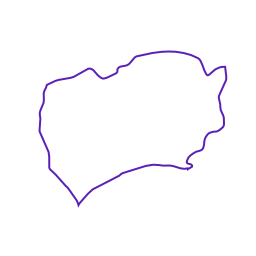 an SVG outline of Gabès, rotated 107°
{"feature_id": "TUN-111", "entity_name": "Gabès", "entity_type": "Governorate", "adm_level": 1, "iso_a3": "TUN", "parent_name": "Tunisia", "parent_adm1": "", "projection": "natural_earth1", "projection_center": [9.729, 33.79], "detail": "fine", "context": "isolated", "style": "outline", "palette": "violet", "viewbox_px": 256, "rotation_deg": 107, "n_neighbors": 0, "source": "natural_earth", "source_scale": "10m", "svg_char_len": 1850}
<svg xmlns="http://www.w3.org/2000/svg" viewBox="0 0 256 256"><g transform="rotate(107 128 128)"><path d="M150.0,58.8L149.2,59.2L150.6,62.3L151.2,65.9L151.2,73.5L151.6,76.8L153.8,83.8L154.3,87.1L155.7,93.0L159.0,99.8L172.5,119.6L173.9,121.1L176.0,122.3L197.0,143.8L202.6,147.1L214.1,152.3L216.2,152.8L215.7,153.1L212.6,155.5L203.5,167.1L202.4,168.8L201.8,170.3L193.7,183.6L190.5,190.1L189.6,191.2L188.7,191.8L178.9,194.8L174.2,196.9L157.3,211.4L155.7,212.0L144.8,214.5L140.4,216.5L139.2,216.8L136.7,216.9L128.6,216.1L125.9,216.6L119.7,218.7L118.3,218.8L117.0,218.8L113.1,218.2L110.5,218.2L104.5,211.6L102.5,208.8L96.7,197.4L94.7,194.6L83.1,183.5L82.6,182.6L82.3,181.5L82.3,179.9L82.6,178.8L82.9,177.9L86.4,172.3L86.7,171.6L87.7,169.0L88.0,167.6L88.1,166.9L87.9,165.9L87.3,164.8L86.1,162.9L79.1,155.3L78.3,154.9L77.7,154.7L77.1,154.7L75.1,155.2L74.4,155.1L73.7,154.9L73.0,154.6L72.4,154.1L71.8,153.5L71.3,152.8L69.3,148.9L68.4,147.5L67.9,146.9L66.6,145.8L65.1,145.0L58.6,142.2L58.0,141.7L57.4,141.2L56.9,140.6L49.2,126.7L45.3,118.1L43.0,111.6L41.2,104.9L40.0,96.8L39.8,89.1L40.7,81.8L41.1,80.5L41.8,79.3L42.2,78.7L42.8,78.1L45.5,75.7L51.0,71.5L53.6,68.9L54.0,68.3L54.3,67.6L54.1,66.9L53.5,66.1L46.8,61.9L46.0,61.2L43.5,58.4L42.1,56.1L41.1,53.0L50.2,49.0L53.2,48.2L69.8,50.3L71.3,50.3L72.4,50.1L78.5,46.7L81.1,45.8L83.8,44.5L88.1,40.7L90.1,39.4L95.9,37.4L97.5,37.2L98.6,37.2L100.0,37.8L102.9,39.7L104.3,40.9L104.9,41.5L105.3,42.1L106.0,43.6L106.5,45.1L108.3,47.9L109.5,49.2L110.9,50.0L113.4,50.9L115.2,51.2L115.8,51.3L119.1,51.0L121.6,50.4L122.9,50.3L125.4,50.3L126.7,50.7L127.7,51.4L128.9,52.9L130.7,55.8L133.0,58.0L135.7,60.1L138.3,61.5L141.6,62.0L142.8,61.9L143.6,61.7L144.2,61.2L144.4,60.6L144.5,59.9L144.4,57.8L144.5,57.0L144.8,56.2L145.4,55.6L145.9,55.5L146.3,55.5L146.8,55.9L150.0,58.8Z" fill="none" stroke="#5b21b6" stroke-width="2"/></g></svg>